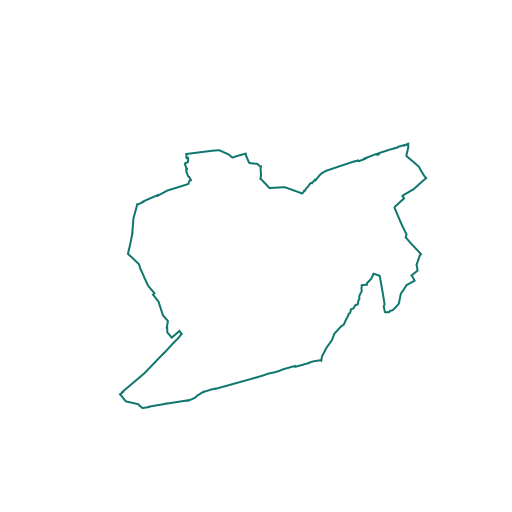 outline of Glūdas pag., Jelgava, Latvia, rotated 148°
{"feature_id": "27541924B80569241121500", "entity_name": "Glūdas pag.", "entity_type": "district", "adm_level": 2, "iso_a3": "LVA", "parent_name": "Latvia", "parent_adm1": "Jelgava", "projection": "albers", "projection_center": [23.526, 56.61], "detail": "fine", "context": "isolated", "style": "outline", "palette": "teal", "viewbox_px": 512, "rotation_deg": 148, "n_neighbors": 0, "source": "geoboundaries", "source_scale": "gbopen_adm2", "svg_char_len": 5838}
<svg xmlns="http://www.w3.org/2000/svg" viewBox="0 0 512 512"><g transform="rotate(148 256 256)"><path d="M178.3,286.4L179.1,285.9L180.3,285.4L180.6,285.8L181.1,285.4L183.7,284.5L184.1,284.9L184.5,285.6L187.0,288.8L188.6,290.8L193.7,297.3L194.4,298.3L195.0,298.7L196.1,299.6L196.3,299.7L196.3,299.8L196.5,299.9L204.4,304.2L208.7,306.6L209.6,311.8L211.1,319.0L211.3,319.2L209.3,321.3L205.7,327.8L204.7,329.0L204.8,329.0L205.8,332.5L206.1,333.4L206.5,333.8L208.6,335.4L212.0,338.0L212.2,338.4L212.4,338.9L211.3,346.2L210.5,348.3L219.0,350.8L223.9,352.0L225.3,356.4L230.9,364.9L231.7,365.5L237.4,368.5L244.8,371.9L246.7,372.8L257.5,377.8L261.1,379.4L261.3,378.4L262.4,377.3L263.0,375.8L262.6,375.4L262.0,375.5L261.6,375.3L261.9,374.5L262.8,373.2L263.9,371.8L264.4,371.7L264.8,371.7L265.5,371.9L265.6,372.0L266.6,372.2L267.0,372.2L267.8,371.0L268.2,368.5L268.3,368.1L268.6,367.5L268.6,367.2L268.3,367.0L268.2,366.6L268.3,366.4L268.5,366.2L269.0,366.4L269.4,366.3L269.7,365.9L269.9,365.4L270.2,364.5L270.5,363.8L270.6,362.9L270.8,362.2L270.9,361.6L271.1,360.7L271.2,360.2L271.3,359.9L271.2,359.7L271.1,359.1L270.8,358.4L270.8,357.2L270.9,356.4L270.8,355.8L270.9,355.1L271.0,354.8L272.2,355.1L272.7,354.9L273.6,354.4L274.4,353.6L275.0,353.0L277.1,353.4L282.8,354.9L296.2,358.4L296.3,358.5L298.2,358.6L298.7,358.6L307.4,359.2L307.1,359.7L317.9,361.4L322.7,362.0L323.2,362.0L323.1,361.6L323.5,361.6L323.8,361.7L325.8,361.9L328.3,362.3L328.8,362.5L329.1,362.6L329.4,362.8L329.8,362.3L332.0,360.2L333.5,358.9L335.8,356.6L337.0,355.7L338.9,353.9L339.7,353.1L340.4,352.3L343.9,347.6L346.8,343.7L346.7,343.7L348.3,341.6L348.4,341.4L348.5,341.2L348.6,341.3L348.7,341.2L349.3,340.2L349.6,339.9L349.6,340.0L353.9,335.3L358.7,330.4L361.2,328.0L363.5,325.6L361.8,319.8L359.6,311.0L360.6,307.1L360.8,306.9L361.5,300.9L362.3,296.0L362.4,295.0L363.1,289.2L363.2,287.2L362.8,285.1L362.7,283.2L362.1,280.6L362.1,279.9L362.0,278.1L363.8,277.8L362.9,268.8L364.2,263.6L365.2,259.6L365.9,256.9L365.9,256.6L366.4,254.9L366.3,254.7L365.6,250.0L365.2,248.2L365.3,247.3L367.1,245.3L369.7,242.5L369.6,242.4L369.3,242.5L369.3,242.2L371.7,238.3L371.2,235.1L370.7,231.4L370.4,231.5L361.7,232.8L360.7,233.0L360.7,231.9L360.5,230.4L360.3,229.3L360.9,229.2L365.3,227.6L372.3,226.0L378.0,224.4L385.6,222.3L385.6,222.5L394.8,220.2L410.3,216.3L410.9,216.2L412.3,215.8L418.2,214.9L427.9,213.5L441.1,211.6L441.0,211.2L444.6,210.8L444.3,209.5L443.5,201.8L443.2,201.5L434.2,192.5L434.2,192.4L434.3,191.7L434.3,191.4L433.8,190.0L433.7,189.9L433.6,189.6L433.1,188.0L433.1,187.9L432.7,187.3L432.7,187.1L426.7,184.6L426.5,184.9L419.2,181.9L411.5,178.7L411.4,178.9L409.3,178.0L409.3,177.8L400.8,174.2L396.8,172.5L392.0,170.5L392.1,170.2L390.0,169.2L389.8,169.6L388.7,169.1L387.8,168.8L386.2,168.5L383.5,168.2L381.3,168.3L380.5,168.7L379.8,168.8L377.4,168.7L372.5,168.7L372.6,168.4L371.5,168.2L369.2,167.6L365.3,166.7L361.0,165.2L361.1,164.9L340.0,158.7L335.5,157.3L314.4,151.2L312.7,150.8L307.5,149.6L301.8,147.5L297.9,146.4L293.2,145.6L281.2,142.1L281.4,141.2L267.9,137.2L267.8,137.4L264.2,136.6L262.6,136.0L256.4,133.4L256.1,132.6L255.5,133.3L253.9,135.2L253.0,136.1L251.1,137.2L248.7,138.5L245.7,140.4L243.8,141.3L241.2,142.3L239.8,142.9L239.3,143.1L238.9,143.3L237.6,143.9L236.7,144.2L235.4,145.0L235.0,145.4L233.3,146.6L232.5,147.2L231.7,148.0L231.0,148.4L230.2,148.7L229.4,149.0L228.8,149.1L221.2,151.2L220.8,151.3L218.5,151.2L218.2,151.2L217.6,151.5L217.0,151.9L216.4,152.3L212.1,155.2L211.6,155.3L210.6,155.9L209.1,156.8L208.4,157.7L208.0,157.9L206.8,157.8L206.4,157.9L204.9,159.1L204.4,160.0L204.0,160.4L203.6,160.5L202.6,160.2L201.3,160.0L200.5,160.2L199.8,160.7L198.3,161.4L197.6,161.7L197.0,161.6L195.9,161.0L195.3,161.2L194.4,162.0L192.9,163.9L191.2,164.7L190.4,166.0L190.0,166.8L189.6,167.3L189.1,167.6L188.0,168.4L185.3,169.9L184.9,170.2L184.7,170.6L184.4,171.3L183.9,172.3L181.8,175.2L177.3,173.0L177.2,172.9L176.2,174.2L175.8,174.3L173.5,174.7L173.5,174.8L170.6,175.5L165.7,178.7L161.6,173.7L163.2,169.5L164.4,166.7L165.6,163.7L166.7,160.9L169.2,154.8L172.5,147.0L174.5,145.4L175.9,141.5L176.3,140.0L175.4,139.1L174.2,138.8L173.5,138.2L173.1,137.9L172.7,137.9L172.5,138.0L171.9,138.4L171.7,138.4L171.2,138.3L168.8,137.6L162.3,139.2L160.6,139.7L160.4,139.8L160.1,140.0L159.1,141.0L157.4,142.8L157.2,143.0L153.6,146.8L153.2,147.2L152.6,147.5L151.2,148.1L148.0,149.5L143.6,151.6L141.3,151.4L134.6,151.0L134.2,156.9L134.3,157.1L126.7,158.0L126.6,158.3L125.1,161.9L124.4,163.6L122.8,164.8L116.6,169.8L116.5,169.7L115.1,170.2L118.1,185.5L118.2,185.8L118.6,189.1L118.7,189.9L119.1,192.0L119.3,192.3L117.0,194.6L116.9,194.7L116.6,198.0L115.8,205.2L115.7,205.7L115.4,208.1L113.0,223.3L112.8,223.7L112.6,223.9L112.3,224.1L111.0,224.4L108.1,224.9L107.5,225.0L106.3,225.2L105.9,225.3L105.4,225.5L105.2,225.5L103.5,225.8L102.0,226.0L100.0,226.3L99.9,227.0L100.0,229.3L98.4,229.5L97.7,229.5L93.4,229.3L92.2,229.3L87.1,229.1L76.9,230.9L76.5,231.0L70.4,231.9L70.4,232.2L70.5,232.4L70.6,233.1L70.7,233.5L70.9,234.6L70.9,235.2L70.9,236.2L70.9,236.9L70.8,242.5L70.6,244.0L70.6,245.7L70.6,245.9L71.7,249.1L72.7,252.6L72.9,253.2L73.6,255.2L73.6,255.3L75.4,260.7L75.4,261.1L75.2,261.6L69.4,267.3L68.9,268.2L68.2,269.3L67.4,270.5L68.8,270.8L68.9,270.4L70.3,270.8L71.9,271.2L71.7,271.6L74.9,272.4L75.6,272.7L77.8,273.3L78.2,273.0L81.3,273.8L81.3,274.0L81.7,274.0L86.7,275.5L90.6,276.4L95.2,277.6L97.6,278.1L97.8,277.2L99.5,277.5L99.4,278.5L102.0,279.2L105.9,279.9L110.0,280.8L110.0,280.6L112.4,281.2L112.5,280.6L113.5,280.9L118.6,281.9L119.1,282.6L119.0,283.1L119.7,283.3L122.2,283.8L122.2,284.1L128.8,285.7L141.7,288.8L148.4,290.4L151.2,291.0L152.7,291.2L154.8,291.2L155.0,291.2L155.9,291.3L157.3,291.2L158.9,290.9L160.4,290.4L165.5,288.7L165.7,289.4L169.8,288.1L169.9,288.6L171.1,288.7L171.6,288.8L175.1,287.3L177.7,286.6L178.3,286.4Z" fill="none" stroke="#0f766e" stroke-width="2"/></g></svg>